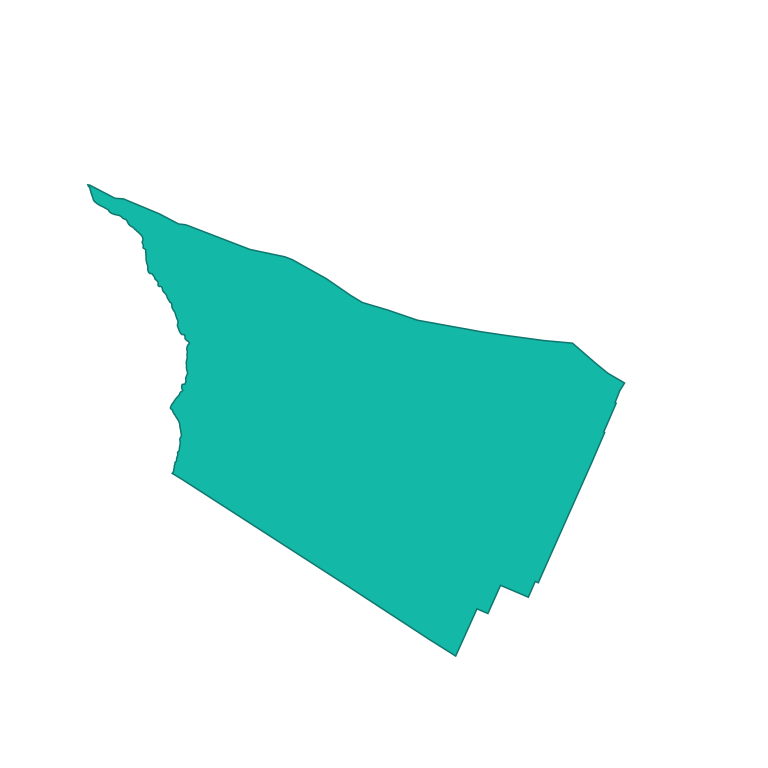 José C. Paz, Buenos Aires, Argentina, rotated 342°
{"feature_id": "61730980B63252687279730", "entity_name": "José C. Paz", "entity_type": "district", "adm_level": 2, "iso_a3": "ARG", "parent_name": "Argentina", "parent_adm1": "Buenos Aires", "projection": "robinson", "projection_center": [-58.809, -34.505], "detail": "fine", "context": "isolated", "style": "filled", "palette": "teal", "viewbox_px": 768, "rotation_deg": 342, "n_neighbors": 0, "source": "geoboundaries", "source_scale": "gbopen_adm2", "svg_char_len": 3423}
<svg xmlns="http://www.w3.org/2000/svg" viewBox="0 0 768 768"><g transform="rotate(342 384 384)"><path d="M329.0,232.4L298.1,214.6L245.7,172.1L243.8,170.9L238.1,168.3L223.1,152.9L193.4,127.4L185.5,124.2L165.6,103.9L163.9,103.1L164.0,104.6L164.7,105.9L164.7,107.7L164.6,109.0L164.5,111.0L164.5,114.4L164.6,115.6L164.6,117.5L164.5,119.1L164.9,120.6L165.5,121.7L166.2,122.8L166.8,123.7L167.7,124.8L168.6,126.0L169.5,126.8L170.4,127.7L171.9,129.1L173.1,130.5L174.0,131.4L175.0,132.4L175.8,133.6L175.9,134.9L176.4,135.8L177.5,137.4L178.4,138.2L180.0,139.4L181.5,140.3L182.7,141.0L183.6,141.4L184.6,142.2L185.5,143.2L186.2,144.3L186.8,145.7L187.8,146.7L188.7,147.2L189.8,148.6L190.1,150.4L190.5,153.0L191.5,155.1L192.2,155.8L193.3,157.1L194.3,158.4L194.8,159.9L195.5,160.7L196.5,162.8L197.4,164.1L198.1,165.6L199.1,167.5L199.7,169.3L199.6,171.4L199.1,172.8L198.0,174.0L197.7,175.1L198.0,176.7L197.9,177.9L197.2,179.2L197.0,180.3L198.5,182.0L198.8,183.1L198.2,184.4L197.9,186.2L197.5,187.4L197.0,189.5L196.4,191.3L196.1,192.5L195.7,195.7L195.8,197.2L195.7,199.4L194.7,202.0L194.6,203.2L194.6,204.8L195.3,206.4L196.5,207.0L197.5,207.5L198.0,209.2L198.4,210.3L198.8,212.0L198.6,213.3L200.1,216.0L200.5,217.0L200.5,218.3L199.8,219.4L199.7,221.1L200.5,221.9L201.6,222.0L202.3,222.7L202.7,224.0L202.5,225.3L202.5,227.4L203.0,228.7L204.1,230.7L204.4,232.0L204.7,233.0L204.5,234.7L204.8,236.4L205.3,237.8L205.5,239.6L206.0,240.5L206.7,241.3L206.8,242.6L206.4,244.1L206.0,245.8L206.3,247.1L206.5,248.9L207.0,250.2L207.4,251.8L207.2,253.0L207.2,254.7L207.2,256.2L207.2,257.4L207.4,258.9L207.5,260.6L206.7,262.6L205.9,263.7L205.5,265.1L205.6,266.6L205.6,268.7L205.7,269.8L205.8,271.1L206.3,273.0L207.0,274.4L208.5,275.1L209.4,275.5L209.5,276.9L209.2,278.0L208.8,279.2L209.1,280.4L209.7,281.4L210.3,282.2L211.4,283.7L211.5,285.1L210.4,285.8L209.4,286.5L208.4,287.6L207.7,288.7L207.2,289.9L207.1,291.3L207.0,292.5L206.5,293.5L205.9,294.7L205.4,296.0L205.3,297.1L205.0,298.2L203.2,301.1L202.5,302.5L202.2,303.9L202.0,305.0L201.4,306.7L201.0,307.8L200.7,310.5L200.8,311.7L200.4,313.2L199.3,314.5L198.7,315.3L197.7,316.4L197.0,317.6L196.5,320.3L195.5,321.5L194.5,322.6L193.5,322.4L192.6,322.0L191.7,322.3L191.0,323.4L190.6,324.4L190.3,325.6L190.5,326.7L190.5,328.1L189.6,328.6L188.5,328.6L187.4,329.3L186.6,330.2L185.7,331.2L184.7,331.8L183.8,332.3L181.1,333.9L179.9,334.9L178.9,335.7L177.4,336.8L176.4,337.5L175.4,338.3L174.7,339.2L173.9,339.9L173.4,341.0L173.8,342.2L174.6,343.1L174.6,344.4L175.1,347.7L175.7,349.1L176.0,350.8L176.5,352.8L177.0,354.2L177.4,357.3L177.3,358.4L177.2,359.7L176.8,360.8L176.6,362.3L176.2,365.7L175.9,367.1L175.7,368.8L175.2,370.9L173.6,372.3L172.9,373.0L172.6,374.2L172.2,376.1L171.9,377.2L171.1,379.0L170.6,380.0L170.0,380.9L169.5,382.0L168.8,383.8L167.9,384.5L167.0,384.8L166.4,385.6L166.0,387.4L165.5,388.5L164.8,389.2L163.5,391.1L163.2,392.3L162.7,393.4L161.3,393.7L160.6,394.9L160.2,396.0L159.3,396.9L158.8,398.5L157.7,400.1L157.3,401.0L156.9,402.0L156.2,402.6L154.9,403.6L160.8,410.3L284.7,562.2L348.9,641.9L368.1,664.9L402.9,626.6L411.9,634.4L432.6,611.5L455.4,631.4L466.8,618.5L469.3,620.7L557.3,522.9L578.9,498.3L578.2,497.5L598.9,474.0L598.0,473.1L606.2,463.2L613.1,457.4L600.2,442.9L592.2,430.5L575.9,403.4L549.3,392.0L514.4,375.2L492.3,364.2L435.6,333.7L410.4,314.8L388.6,299.8L379.7,289.5L361.7,266.0L335.2,237.4L331.8,234.6L329.0,232.4Z" fill="#14b8a6" stroke="#0f766e" stroke-width="1.5"/></g></svg>